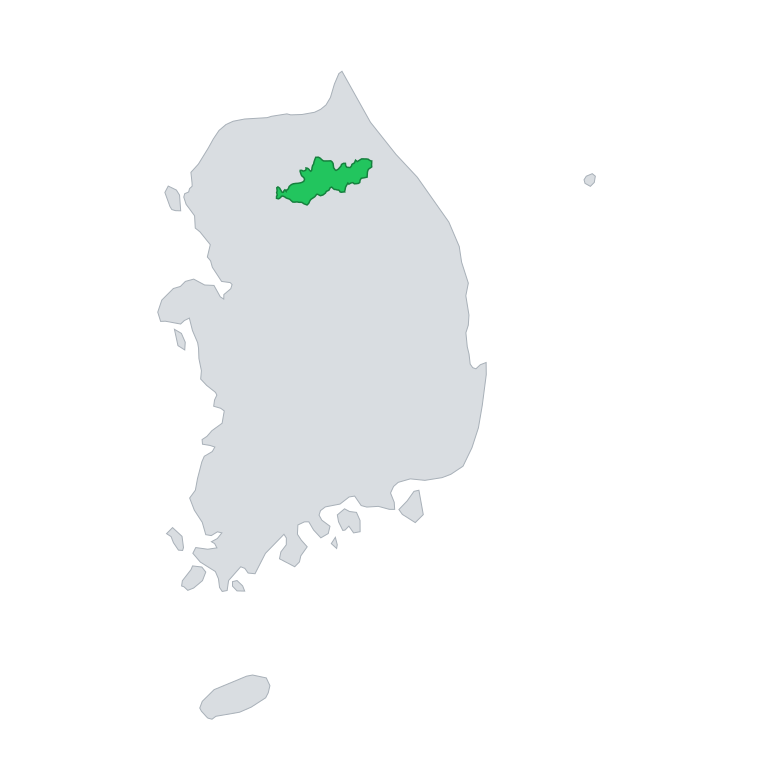 Hongcheon-gun, Gangwon, South Korea (highlighted), rotated 354°
{"feature_id": "91817680B15226656503507", "entity_name": "Hongcheon-gun", "entity_type": "district", "adm_level": 2, "iso_a3": "KOR", "parent_name": "South Korea", "parent_adm1": "Gangwon", "projection": "mercator", "projection_center": [128.024, 37.738], "detail": "fine", "context": "in_parent", "style": "filled", "palette": "green", "viewbox_px": 768, "rotation_deg": 354, "n_neighbors": 0, "source": "geoboundaries", "source_scale": "gbopen_adm2", "svg_char_len": 5375}
<svg xmlns="http://www.w3.org/2000/svg" viewBox="0 0 768 768"><g transform="rotate(354 384 384)"><path d="M211.0,169.4L213.9,167.2L214.1,163.9L214.1,153.3L222.4,145.9L234.1,130.7L239.9,122.4L246.4,114.6L254.0,109.4L261.5,106.9L273.2,105.9L295.7,106.9L300.1,106.0L315.7,105.2L319.4,106.6L330.7,107.4L343.3,106.5L349.7,104.2L355.5,100.4L360.7,93.4L366.0,80.6L371.6,70.5L374.9,68.6L397.9,122.3L419.9,156.9L438.7,181.8L465.4,229.7L473.2,255.1L473.9,270.9L478.4,292.5L474.6,304.8L475.7,324.3L474.0,334.3L470.8,341.6L470.7,355.7L471.7,363.2L471.8,373.2L473.9,377.0L477.0,378.5L481.8,374.9L487.8,373.3L486.7,385.3L479.5,415.5L473.3,437.5L464.8,456.6L454.0,474.0L441.0,480.8L431.9,483.2L414.6,484.1L400.2,481.1L387.8,483.3L382.8,486.9L379.1,493.1L381.8,502.7L381.5,509.8L376.2,509.2L365.6,505.1L354.0,504.6L348.6,502.5L343.1,492.4L337.5,492.7L327.7,498.8L312.8,500.1L307.6,503.3L305.7,507.6L307.9,512.9L315.4,519.8L312.9,526.9L305.1,530.4L298.7,521.8L294.8,513.2L290.4,512.8L283.6,515.2L282.2,524.4L285.4,530.6L290.6,537.9L283.3,546.2L281.3,552.1L276.1,556.4L261.8,546.9L263.9,540.2L270.0,533.7L270.8,527.0L268.8,523.0L248.4,540.0L235.9,559.2L229.1,557.8L226.3,552.8L222.4,550.8L208.9,563.2L206.4,573.0L201.4,573.4L199.2,569.2L199.0,560.4L196.7,552.9L182.7,541.9L176.2,532.4L179.7,527.0L191.4,529.9L200.7,529.5L198.9,525.0L195.9,522.8L202.1,520.3L207.2,515.1L202.9,513.6L196.4,516.7L191.0,515.2L188.8,502.6L182.2,489.7L178.8,477.1L185.3,469.9L188.6,458.7L194.7,442.4L197.7,437.1L206.2,433.2L209.2,429.0L204.5,426.9L197.2,424.9L197.3,420.2L202.4,417.6L208.0,412.4L218.9,406.1L222.3,394.1L219.1,391.1L212.3,388.3L213.8,382.2L216.6,377.6L215.6,374.8L207.6,367.0L202.2,359.9L203.8,351.7L202.6,339.4L203.3,329.1L203.0,323.5L199.1,310.8L197.3,298.1L192.1,300.0L188.0,303.1L173.1,298.7L168.4,298.4L166.5,288.9L171.8,277.3L184.5,267.0L191.7,265.7L197.2,261.2L205.7,259.8L216.0,266.8L225.2,268.2L230.3,280.2L233.5,282.8L234.1,278.3L241.6,273.2L243.3,269.2L241.7,267.1L233.2,265.0L225.5,250.0L224.4,243.4L221.6,239.2L225.8,227.3L216.9,213.5L212.6,209.2L213.2,196.9L208.6,189.0L206.0,184.7L204.4,177.2L205.7,173.9L209.8,172.6L211.0,169.4ZM182.1,696.9L177.9,699.4L174.0,697.9L172.9,696.7L168.2,690.3L166.9,687.0L170.1,680.6L183.1,670.2L216.8,660.2L222.9,659.7L236.2,664.0L239.0,672.1L236.6,679.0L233.5,683.7L218.1,691.5L206.1,695.3L182.1,696.9ZM409.4,518.0L400.6,525.1L388.6,515.6L385.7,510.4L394.8,502.7L402.6,493.9L407.6,493.3L409.4,518.0ZM345.9,517.2L344.8,528.4L338.2,528.9L334.2,521.7L330.0,525.2L327.7,525.3L324.4,516.3L323.9,509.3L331.7,504.0L336.4,507.2L343.2,508.8L345.9,517.2ZM173.4,567.0L167.3,568.7L163.9,564.8L161.6,563.7L162.9,558.6L172.7,548.4L174.6,544.9L183.7,547.0L187.1,552.4L182.9,560.6L173.4,567.0ZM200.4,174.8L199.9,190.5L194.7,189.8L191.2,188.3L189.7,185.2L186.1,170.6L190.1,164.6L197.8,169.4L200.4,174.8ZM167.5,525.7L166.3,528.5L162.2,527.7L158.0,519.8L156.3,513.5L152.1,510.1L158.7,504.7L167.2,514.4L167.5,525.7ZM190.7,321.7L189.4,329.3L183.1,324.3L181.3,307.7L187.8,312.5L190.7,321.7ZM614.2,205.5L609.9,209.0L604.9,205.5L604.3,201.8L606.9,198.5L613.1,196.6L615.9,199.4L614.2,205.5ZM222.3,570.0L223.8,575.4L216.2,574.4L212.2,569.2L212.7,564.7L217.3,564.1L222.3,570.0ZM320.7,539.0L319.7,542.6L314.9,537.2L319.6,531.4L320.7,539.0Z" fill="#d9dde1" stroke="#a8b0b8" stroke-width="1"/><path d="M385.2,157.8L380.7,160.0L379.1,158.4L377.7,161.0L375.1,162.2L374.3,164.0L372.9,165.2L369.6,164.5L368.7,162.8L368.7,162.4L368.7,160.5L366.8,160.3L364.7,161.2L364.0,162.8L362.1,164.5L361.1,165.5L358.6,166.6L357.9,166.1L356.5,163.6L356.5,162.4L356.4,159.3L355.5,157.5L354.4,156.5L351.5,156.3L349.2,156.1L347.1,155.8L346.1,154.9L345.2,154.1L344.5,153.0L342.5,151.6L339.8,151.4L338.6,153.7L337.8,155.4L337.4,156.5L336.9,158.1L335.9,159.1L335.0,161.5L334.8,162.6L334.4,163.9L333.4,164.8L332.4,163.8L331.8,162.7L330.6,161.5L329.0,161.0L329.0,162.0L328.4,163.3L326.5,163.7L325.7,163.8L324.6,162.9L323.0,162.8L322.8,163.8L323.1,165.3L323.5,167.1L323.9,168.3L325.8,170.3L326.4,171.9L325.7,173.7L324.1,174.7L322.1,175.2L319.5,175.4L317.2,175.3L314.7,175.4L312.7,176.0L310.4,177.6L309.3,179.7L308.2,180.8L307.1,180.9L306.8,182.1L305.7,180.5L304.8,181.2L303.9,182.8L302.7,182.7L301.5,180.2L300.7,178.3L299.1,176.9L297.9,177.6L297.9,180.4L297.7,181.4L297.2,182.3L297.4,183.3L297.5,184.6L297.5,185.3L296.8,185.9L296.5,188.1L298.3,188.8L298.8,188.7L299.5,188.4L300.9,187.5L301.5,186.6L302.9,186.5L304.8,187.5L305.7,188.4L307.0,189.2L308.4,189.8L309.6,190.4L310.3,191.3L311.1,192.2L312.3,193.5L314.1,193.8L316.6,193.8L317.7,194.2L319.1,194.5L320.5,194.6L321.5,194.9L323.2,196.4L326.2,197.9L328.0,196.5L329.1,194.6L329.7,193.7L330.7,192.7L332.4,191.8L334.6,190.6L335.3,190.0L336.0,189.2L336.9,188.3L337.9,188.4L339.6,189.6L340.5,190.1L343.1,189.6L345.7,188.0L346.8,186.4L348.4,185.9L349.5,185.5L350.3,184.3L351.0,183.2L352.5,182.7L353.2,183.4L354.2,184.7L355.0,185.3L356.3,185.5L357.7,186.1L359.2,186.4L359.9,187.2L360.4,188.4L361.5,188.8L365.0,188.8L364.9,188.5L365.5,187.0L366.4,184.1L368.2,181.6L369.1,180.4L369.8,181.5L370.4,181.4L372.2,180.6L374.1,180.5L375.4,181.8L377.7,181.9L379.5,181.8L380.9,181.1L381.5,178.8L382.9,177.0L386.1,176.8L388.8,176.5L389.7,171.3L390.5,169.5L391.1,168.7L394.5,166.8L394.5,165.6L394.6,164.2L394.8,163.3L395.1,160.9L394.3,160.8L392.9,159.9L391.8,158.8L389.8,158.3L387.9,158.1L386.5,157.9L385.2,157.8Z" fill="#22c55e" stroke="#15803d" stroke-width="1.5"/></g></svg>